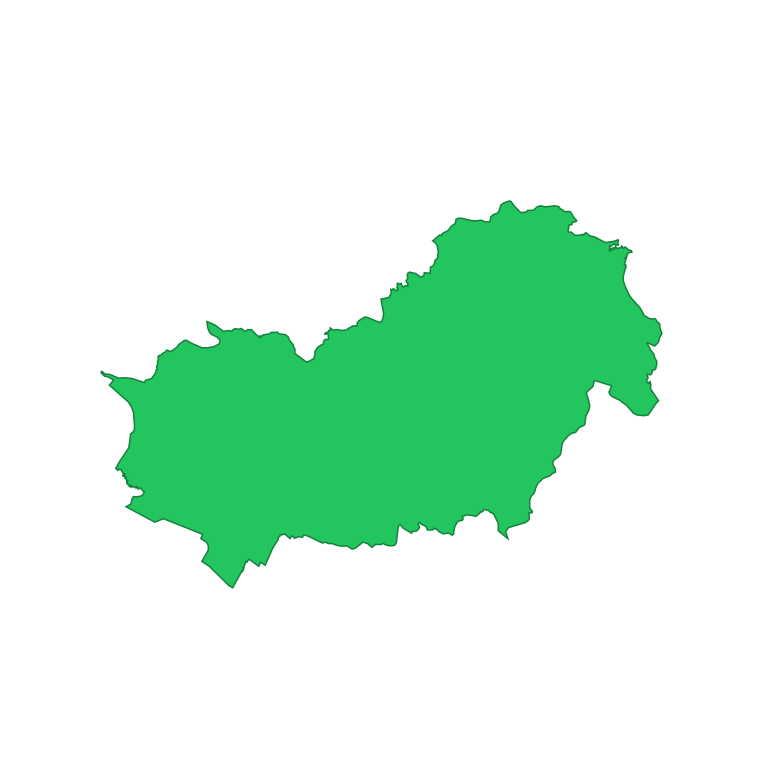 Baia Mare, Maramures, Romania (Robinson projection), rotated 45°
{"feature_id": "2599482B84718218720770", "entity_name": "Baia Mare", "entity_type": "district", "adm_level": 2, "iso_a3": "ROU", "parent_name": "Romania", "parent_adm1": "Maramures", "projection": "robinson", "projection_center": [23.589, 47.741], "detail": "fine", "context": "isolated", "style": "filled", "palette": "green", "viewbox_px": 768, "rotation_deg": 45, "n_neighbors": 0, "source": "geoboundaries", "source_scale": "gbopen_adm2", "svg_char_len": 6170}
<svg xmlns="http://www.w3.org/2000/svg" viewBox="0 0 768 768"><g transform="rotate(45 384 384)"><path d="M421.1,635.1L415.8,616.8L416.6,616.6L416.0,615.0L415.1,613.4L414.3,613.7L414.6,612.8L411.8,607.4L413.0,607.1L412.3,603.4L424.4,601.4L422.7,597.3L428.1,596.2L421.0,577.7L419.2,568.9L417.7,567.3L418.1,565.3L417.2,564.5L418.0,562.7L418.5,562.9L419.6,560.3L426.9,559.7L426.3,556.7L428.6,555.7L429.5,556.5L430.6,555.2L430.9,553.1L434.7,549.9L434.0,547.7L434.3,547.2L438.3,545.1L452.9,540.0L454.5,537.2L456.5,536.6L458.9,535.0L459.1,534.1L465.6,530.9L468.7,528.6L472.6,524.5L477.9,523.4L478.8,522.6L480.1,519.4L480.9,510.7L485.8,508.2L487.7,508.5L491.2,507.8L491.0,506.1L491.7,503.1L495.5,499.6L495.9,497.4L498.3,496.8L502.6,494.3L505.1,491.4L505.6,489.6L504.8,487.2L494.7,474.5L494.9,471.8L499.3,472.4L508.9,470.0L508.2,468.9L511.1,464.6L510.9,462.1L510.6,460.3L506.8,458.4L507.3,456.5L509.4,456.8L514.1,455.1L518.0,456.5L521.7,452.8L521.1,450.7L523.4,450.1L523.6,449.4L527.6,449.5L532.0,448.0L534.8,444.0L539.2,442.6L539.3,441.1L535.2,435.4L533.5,430.2L533.7,428.1L535.8,424.8L535.2,423.2L533.3,422.8L533.3,422.1L535.2,417.8L542.7,412.3L543.1,405.8L544.1,404.4L543.3,402.0L547.7,399.4L549.8,399.6L553.2,398.3L563.5,401.8L568.6,407.0L580.9,405.8L574.3,402.2L573.6,397.4L581.8,382.4L582.5,378.7L582.2,376.6L577.5,372.6L578.9,371.7L579.6,370.2L579.0,369.1L575.0,368.8L569.0,362.9L567.4,358.9L567.2,354.5L564.4,349.5L563.1,345.6L563.3,338.3L566.3,331.3L566.4,328.1L567.5,325.0L564.8,322.8L560.8,321.7L559.0,320.4L558.0,317.6L558.9,310.6L558.5,308.7L552.2,300.1L551.2,296.8L550.9,289.7L551.4,286.7L553.7,282.6L552.8,277.0L554.6,272.0L554.6,270.7L549.2,263.5L547.5,257.8L544.8,253.8L537.7,249.4L533.9,247.9L533.1,245.9L533.5,238.1L530.7,233.6L530.6,232.5L545.0,224.9L546.6,224.9L548.8,230.6L550.7,231.6L553.9,231.7L561.8,228.9L571.2,227.6L581.1,228.3L585.0,226.9L590.1,222.7L592.7,219.0L590.2,206.0L590.0,201.7L575.7,198.9L572.6,195.2L572.0,195.5L570.8,194.2L570.1,195.1L570.4,196.3L568.6,196.8L566.8,195.0L566.4,192.9L563.9,191.9L563.3,190.8L565.7,189.5L566.1,188.2L565.2,185.9L563.9,184.5L565.3,182.8L565.3,181.0L562.6,176.8L560.6,175.0L556.8,174.0L553.5,172.0L549.3,171.6L541.1,169.1L541.2,168.5L548.6,165.7L548.5,160.5L546.2,156.5L544.7,151.7L538.6,148.8L537.9,147.6L535.8,146.4L533.5,147.0L530.0,146.0L525.9,149.9L519.7,151.5L511.2,149.1L498.0,148.4L492.5,147.1L484.7,144.1L480.1,141.7L477.3,139.0L473.5,132.7L472.8,130.6L471.4,130.3L471.7,129.6L470.8,128.8L469.3,129.4L467.3,125.3L465.5,124.5L466.5,124.0L464.0,119.4L465.1,116.5L466.1,115.6L464.7,114.8L462.1,116.3L457.7,116.5L457.3,118.7L454.4,118.4L455.1,120.1L452.9,123.4L451.8,123.1L450.3,124.7L451.3,124.8L451.4,126.5L449.4,126.5L450.2,129.7L449.8,130.1L449.2,128.2L448.0,128.3L448.2,129.1L445.9,126.8L447.0,126.4L447.6,121.8L450.1,122.5L450.2,121.2L451.5,119.9L449.3,118.7L448.2,116.6L447.4,116.6L445.9,120.2L440.5,127.5L429.1,131.0L425.0,133.5L419.5,134.4L419.9,137.2L418.7,137.7L416.2,141.6L413.4,143.9L408.9,144.2L407.5,145.8L406.0,145.8L402.5,140.6L404.1,138.6L403.0,136.2L405.0,133.3L404.7,132.2L401.3,132.1L394.2,130.4L392.2,131.7L390.4,134.1L384.4,135.4L381.9,135.0L378.7,137.3L372.5,145.0L368.9,147.0L367.0,150.4L366.8,155.6L362.9,159.5L362.9,162.1L359.3,166.2L349.8,166.0L344.9,165.1L343.2,165.9L340.5,171.7L340.1,174.9L343.0,180.3L343.3,183.2L341.5,186.9L341.3,190.4L343.9,193.8L343.7,195.0L340.5,198.1L337.1,199.2L333.7,203.6L330.2,206.7L321.4,212.1L319.3,214.3L318.4,216.5L321.1,220.3L320.4,221.7L320.1,225.3L320.8,229.8L318.8,236.9L319.9,238.0L318.2,239.2L317.9,240.3L317.2,248.4L320.7,247.9L323.6,248.4L329.6,252.6L330.4,254.7L332.3,256.0L332.8,257.2L332.6,260.5L334.4,262.9L335.1,265.8L334.2,268.6L338.4,273.0L333.7,276.9L335.3,278.6L334.8,282.4L328.2,283.5L323.0,286.8L322.5,288.9L323.4,290.5L326.1,292.5L326.5,295.2L328.0,296.2L329.9,296.0L330.5,297.1L331.7,297.6L329.4,299.7L329.3,301.7L328.0,302.0L324.9,300.8L324.6,302.2L322.4,303.0L322.3,303.8L324.5,305.4L325.1,307.0L327.1,307.2L327.1,309.3L323.2,309.9L323.2,312.0L322.0,312.2L325.1,314.9L326.2,319.7L321.8,326.0L334.2,334.7L336.9,338.6L338.2,341.9L336.9,343.8L325.3,348.6L323.0,350.3L321.5,356.7L321.9,360.0L324.0,361.8L320.8,365.1L318.8,373.1L315.9,376.4L312.5,378.5L310.1,381.8L306.3,382.4L308.0,384.3L307.2,385.1L307.7,386.4L306.4,389.8L306.8,390.6L309.1,388.1L312.7,391.1L312.6,392.2L310.8,394.3L310.9,395.9L312.9,399.1L311.9,401.1L311.2,404.7L312.2,410.0L314.2,411.7L316.4,415.7L314.9,421.3L314.0,422.3L314.1,423.3L299.3,425.4L296.4,422.3L294.4,422.1L292.0,420.4L285.9,419.8L283.1,418.4L279.5,418.8L274.3,422.7L271.9,422.8L267.6,427.6L267.5,429.8L264.1,434.2L263.4,436.4L264.1,437.6L263.1,439.1L262.4,437.8L260.9,439.4L251.6,439.3L250.8,440.7L249.2,441.7L249.3,442.9L248.1,445.2L243.7,445.7L242.8,447.8L239.5,450.2L238.7,453.1L239.2,454.6L236.6,455.7L233.2,460.3L222.4,461.9L214.7,465.0L219.7,469.0L224.6,471.0L227.6,470.8L232.3,469.0L237.4,469.0L239.1,472.2L237.3,478.0L233.1,483.8L229.4,487.3L218.8,491.4L213.2,492.8L212.1,494.3L211.0,500.9L211.5,504.6L210.6,510.4L209.9,512.1L206.4,513.6L206.6,516.3L205.7,519.6L206.2,521.0L205.1,522.3L204.6,524.1L206.7,525.7L208.2,528.7L209.5,529.3L211.1,532.7L213.2,533.9L212.9,535.1L214.5,537.5L215.7,544.2L215.0,546.3L212.7,549.8L213.6,552.4L201.6,558.5L194.9,564.2L192.8,567.2L183.0,571.3L179.9,574.2L176.2,574.4L175.3,575.1L176.1,576.1L180.8,576.1L183.9,574.0L190.1,572.4L190.6,579.0L216.0,577.5L221.7,578.8L227.0,581.2L238.6,591.3L240.5,594.2L240.2,598.6L248.6,609.4L251.9,625.9L254.0,633.3L256.8,633.3L256.9,632.6L255.6,632.1L256.9,632.0L259.0,630.1L259.5,630.9L263.3,631.7L264.3,630.7L264.9,632.1L263.4,632.3L264.4,633.8L267.5,632.2L267.3,633.8L269.7,633.6L270.3,634.3L271.1,633.6L271.7,634.1L271.3,635.3L272.2,636.0L273.8,636.3L274.7,635.3L276.0,636.5L276.4,635.6L277.0,636.2L278.2,635.7L277.3,634.5L279.8,634.1L280.4,633.0L282.1,633.0L281.6,631.4L282.9,631.9L283.6,630.9L284.4,632.0L286.0,629.4L289.1,630.2L291.1,629.9L291.9,634.1L289.0,638.6L286.4,640.8L287.2,643.7L289.9,647.8L288.4,653.2L319.7,643.7L323.3,635.2L362.0,618.5L363.8,622.8L370.3,621.4L373.7,622.3L377.2,625.6L380.7,638.2L389.1,636.5L416.6,636.2L421.1,635.1Z" fill="#22c55e" stroke="#15803d" stroke-width="1.5"/></g></svg>